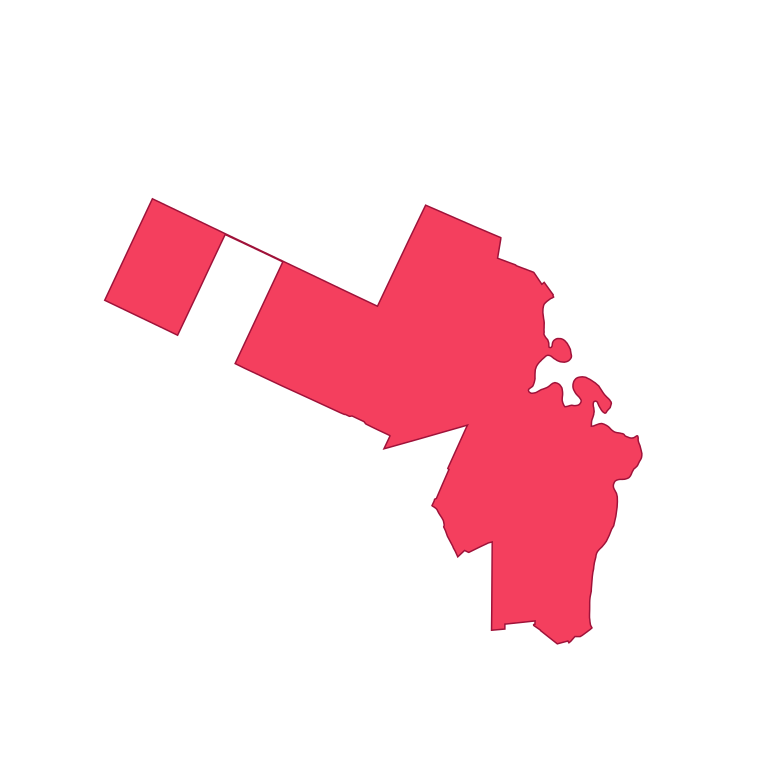 the district of Bucu, Ialomita, Romania, rotated 294°
{"feature_id": "2599482B24395794596837", "entity_name": "Bucu", "entity_type": "district", "adm_level": 2, "iso_a3": "ROU", "parent_name": "Romania", "parent_adm1": "Ialomita", "projection": "robinson", "projection_center": [27.493, 44.63], "detail": "fine", "context": "isolated", "style": "filled", "palette": "rose", "viewbox_px": 768, "rotation_deg": 294, "n_neighbors": 0, "source": "geoboundaries", "source_scale": "gbopen_adm2", "svg_char_len": 6168}
<svg xmlns="http://www.w3.org/2000/svg" viewBox="0 0 768 768"><g transform="rotate(294 384 384)"><path d="M222.4,627.3L219.8,637.4L217.1,648.0L224.0,656.5L222.8,658.2L225.0,659.3L227.6,660.1L230.9,661.1L233.0,665.9L234.8,667.2L236.5,668.2L243.6,672.2L245.8,673.2L246.9,671.8L247.2,671.4L247.8,670.7L250.5,668.9L252.3,667.9L254.1,666.8L257.0,665.5L261.4,663.7L264.4,662.4L268.0,660.8L270.5,659.8L273.3,658.9L279.1,657.6L281.0,656.8L292.9,652.6L297.0,651.4L300.3,650.7L302.6,649.9L306.3,648.9L312.0,647.9L314.1,647.3L316.1,647.1L317.8,647.2L320.6,648.0L324.0,649.4L328.0,650.5L330.8,651.1L334.3,651.2L337.2,651.3L344.0,651.0L347.1,651.4L347.9,651.5L357.5,649.6L366.4,647.0L371.4,645.1L375.8,643.0L378.6,640.9L381.6,637.0L382.9,635.7L384.3,634.9L385.6,634.5L387.8,634.4L388.6,634.5L389.4,634.7L390.2,635.2L391.1,636.0L391.9,636.9L392.8,638.3L393.7,640.3L394.6,642.1L395.2,643.0L396.5,644.5L397.7,645.6L398.8,646.1L400.4,646.5L402.4,646.6L404.4,646.5L408.0,646.8L409.3,647.5L410.7,648.1L412.3,648.7L413.7,648.8L415.2,648.8L417.3,648.9L419.5,649.2L421.4,649.2L423.3,648.7L425.3,647.9L428.0,645.9L431.8,642.9L434.1,640.5L435.6,639.3L436.5,638.8L438.0,638.2L438.9,637.6L439.6,637.0L439.7,636.4L439.6,636.2L439.1,635.7L438.3,635.3L436.4,633.9L435.3,632.2L434.8,630.5L434.7,629.3L434.7,628.5L434.6,627.2L434.6,626.2L434.6,625.6L434.9,624.9L435.5,623.9L435.7,623.1L435.6,621.7L435.3,620.8L435.2,619.9L434.8,618.3L434.3,616.7L434.0,614.8L434.0,613.3L434.6,610.7L435.2,609.1L435.8,607.8L436.3,606.3L436.7,604.0L436.7,602.7L436.8,601.7L436.7,600.7L436.6,599.7L436.4,598.8L435.9,598.0L435.5,597.3L434.9,596.5L433.9,595.5L433.1,594.6L430.8,592.4L430.2,591.4L429.8,590.6L432.0,589.7L433.0,589.3L434.8,588.7L436.2,588.5L437.8,588.4L439.8,588.2L441.4,588.0L442.9,587.5L444.0,587.3L444.8,586.9L445.8,586.3L446.5,585.9L447.7,585.2L448.5,584.5L449.2,584.1L449.9,583.7L450.7,583.3L451.7,583.0L452.5,582.9L453.3,583.0L453.9,583.6L454.3,583.9L454.5,584.6L454.5,585.2L454.4,585.8L454.0,586.5L452.3,588.3L451.4,589.3L450.6,590.4L449.9,591.4L449.1,592.5L448.4,593.5L447.6,595.2L447.3,596.5L447.2,597.7L447.8,598.4L448.7,598.6L450.3,598.8L451.8,599.3L453.0,599.7L454.4,600.2L456.8,599.9L458.8,599.6L459.9,598.8L460.5,597.7L461.4,596.4L462.2,594.3L462.7,592.8L463.2,591.6L463.9,589.9L464.8,588.3L465.6,587.0L467.0,584.9L468.4,582.7L469.6,580.9L470.0,579.4L470.9,576.6L471.4,573.6L471.7,572.0L472.0,569.8L472.0,568.2L472.2,565.9L472.0,564.8L471.7,563.8L471.2,562.2L470.5,561.0L470.2,560.4L469.4,559.3L468.9,558.6L468.0,557.8L466.9,557.1L465.6,556.7L464.3,556.4L463.1,556.4L461.8,556.6L460.6,556.8L459.6,557.2L458.4,557.7L457.4,558.3L456.1,559.4L455.2,560.5L454.2,561.8L453.3,563.1L452.7,564.3L451.3,567.8L450.2,569.6L449.4,570.6L448.7,571.1L447.3,571.3L445.8,571.1L444.5,570.6L443.5,569.8L442.6,568.5L441.8,567.1L441.4,565.9L441.0,564.2L439.9,562.6L438.7,561.3L437.8,560.1L436.8,558.5L437.5,557.2L438.5,556.1L439.0,555.5L439.8,554.8L440.8,554.0L441.8,553.3L443.8,552.5L445.0,552.1L446.7,551.6L448.1,551.0L449.3,550.4L450.9,549.4L451.7,548.9L452.8,548.1L453.6,546.9L454.4,545.6L454.9,544.5L455.1,543.2L455.2,541.9L455.0,540.8L454.8,539.6L454.1,538.8L453.2,537.8L451.3,536.7L449.7,536.0L447.4,534.6L445.8,533.1L444.2,531.5L442.8,529.9L439.0,527.1L437.9,526.2L437.2,525.3L436.1,523.7L435.4,522.2L435.5,520.9L435.9,519.4L437.1,518.4L438.2,518.4L439.4,519.0L440.9,519.9L442.3,520.7L443.9,520.8L445.3,520.7L447.1,520.5L448.6,520.2L450.3,519.8L451.3,519.3L454.5,517.9L456.1,517.3L457.5,516.8L458.6,516.4L460.7,516.2L461.9,516.1L463.1,516.2L464.4,516.4L465.7,516.7L467.2,517.1L468.6,517.7L470.4,518.3L472.6,519.3L474.9,520.3L475.8,520.8L476.6,521.5L477.2,522.9L477.4,524.0L477.4,525.2L477.0,526.8L476.4,528.9L476.2,530.9L475.9,532.4L475.9,533.7L476.0,535.9L476.6,537.9L477.3,539.9L478.3,541.3L479.1,542.2L480.3,543.2L481.7,543.8L483.2,544.2L484.4,544.3L485.2,544.1L485.8,543.9L486.6,543.4L487.4,542.8L488.1,542.3L489.2,541.6L490.2,540.9L491.4,540.2L492.2,539.2L493.6,537.6L494.5,536.3L495.3,535.3L495.8,534.5L496.4,533.1L496.9,532.1L497.3,530.7L497.5,529.6L497.5,528.4L497.4,527.4L497.2,526.6L496.8,525.7L496.4,524.7L495.9,523.7L494.9,522.7L494.0,522.1L492.7,521.4L491.3,521.2L490.4,521.2L489.4,521.4L488.4,521.7L487.6,522.0L486.4,522.1L485.5,521.9L484.9,521.2L484.7,520.0L485.0,519.6L485.7,519.2L486.7,518.7L488.4,517.9L489.9,516.6L491.0,515.5L491.5,514.4L492.1,513.1L493.0,511.7L494.0,510.4L494.5,509.9L495.2,509.6L496.5,509.2L498.6,508.1L500.7,507.3L502.5,506.5L505.0,505.5L506.9,504.4L508.5,503.3L510.7,502.0L511.8,501.3L513.0,500.6L514.0,500.0L515.0,499.6L516.2,499.1L517.5,498.6L518.8,498.3L520.0,498.0L521.7,497.8L523.0,498.1L524.3,498.6L525.7,499.2L527.0,499.9L528.4,500.7L529.8,501.5L531.1,502.7L532.4,503.6L533.7,502.3L534.4,502.2L535.5,500.2L542.0,489.0L539.3,487.6L540.0,486.5L546.8,475.6L546.9,475.0L546.0,459.2L545.9,456.5L546.3,455.9L545.1,436.6L564.0,431.7L565.2,431.2L564.7,402.3L564.3,349.3L524.4,348.1L452.4,346.4L452.4,345.8L453.2,311.9L454.4,267.9L456.4,189.6L459.0,97.1L422.0,96.3L346.9,94.8L345.8,134.4L345.0,163.4L344.6,175.6L396.1,176.8L417.2,177.2L445.1,177.8L455.9,178.1L455.7,189.2L455.1,215.7L454.4,241.9L342.5,239.7L342.1,239.7L341.7,250.1L340.8,291.6L340.5,321.3L340.0,355.7L340.1,360.2L340.4,360.7L340.5,361.2L340.4,365.5L340.8,366.3L341.8,367.8L341.5,380.8L341.5,381.1L340.4,383.0L340.1,383.7L339.8,390.3L339.6,397.0L339.4,406.4L339.3,410.0L339.3,410.3L339.0,410.6L337.8,410.6L324.8,410.3L327.7,413.9L336.1,424.0L347.3,437.5L380.4,477.0L378.1,476.9L332.8,476.6L332.5,477.2L332.4,478.1L316.4,478.2L300.7,478.4L300.3,478.0L299.3,477.1L297.4,477.4L292.4,477.3L292.2,477.8L292.0,479.5L291.5,482.0L290.9,483.4L288.6,486.2L287.3,488.1L285.4,491.1L283.9,493.1L283.2,493.9L282.5,494.4L280.8,495.6L280.3,496.0L279.4,496.4L278.9,496.6L278.4,496.6L277.9,496.6L277.7,496.7L277.4,497.0L277.1,497.4L275.0,499.8L270.7,503.9L263.6,513.0L262.6,513.9L260.2,517.1L256.1,521.7L264.7,525.3L264.6,529.4L264.6,529.7L264.7,530.0L272.4,536.4L276.3,539.7L281.4,544.1L283.7,547.1L219.9,575.0L202.8,582.4L209.3,594.1L213.8,592.1L222.1,606.5L229.0,618.4L225.9,619.6L225.3,618.7L224.8,618.6L224.3,619.0L224.0,620.6L222.8,627.0L222.4,627.3Z" fill="#f43f5e" stroke="#9f1239" stroke-width="1.5"/></g></svg>